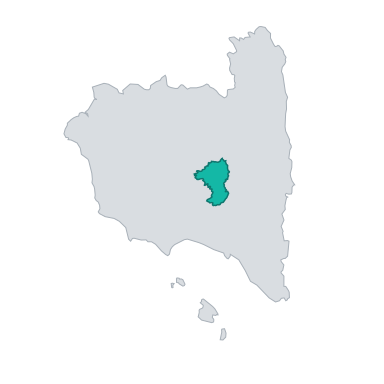 Guadalajara highlighted on a map of Spain, rotated 80°
{"feature_id": "ESP-5822", "entity_name": "Guadalajara", "entity_type": "Autonomous Community", "adm_level": 1, "iso_a3": "ESP", "parent_name": "Spain", "parent_adm1": "", "projection": "albers", "projection_center": [-2.665, 40.739], "detail": "fine", "context": "in_parent", "style": "filled", "palette": "teal", "viewbox_px": 384, "rotation_deg": 80, "n_neighbors": 0, "source": "natural_earth", "source_scale": "10m", "svg_char_len": 8055}
<svg xmlns="http://www.w3.org/2000/svg" viewBox="0 0 384 384"><g transform="rotate(80 192 192)"><path d="M202.8,89.6L202.8,90.6L204.6,92.6L209.8,93.7L211.2,94.5L210.9,97.2L209.7,99.5L210.8,100.5L212.1,100.5L213.6,98.6L214.0,99.8L216.4,100.9L221.7,102.9L225.4,103.2L229.3,107.3L235.6,106.3L241.4,110.2L246.6,109.1L247.8,109.9L256.1,109.7L256.4,106.4L257.3,105.0L271.8,109.0L273.6,111.7L273.4,113.2L274.3,116.4L276.2,116.2L279.8,114.2L284.8,116.2L286.2,118.2L287.2,118.3L290.8,116.1L300.9,117.9L301.2,116.3L301.8,115.8L305.9,114.1L307.6,113.7L313.0,114.4L313.7,116.3L314.8,116.9L315.4,118.5L312.3,119.7L312.2,122.5L314.3,124.7L314.8,128.8L309.7,134.4L294.9,144.3L290.1,149.9L278.7,153.2L266.9,157.7L260.0,165.1L261.9,165.6L264.1,168.0L263.4,169.1L260.4,170.9L257.6,171.4L252.6,180.4L245.7,189.7L243.1,193.9L237.6,204.7L237.6,207.7L240.8,218.2L242.5,220.9L244.9,223.2L249.3,225.0L250.5,226.9L249.0,228.8L244.7,232.3L237.2,236.9L234.0,240.5L233.4,244.0L231.2,245.5L230.5,250.3L227.5,257.0L227.4,258.7L229.8,261.0L227.5,262.6L215.5,263.4L208.2,268.7L204.5,273.3L201.2,281.8L197.2,286.9L195.3,287.8L192.5,285.6L189.0,285.3L185.6,286.1L183.8,287.8L181.0,288.8L178.3,287.9L172.4,287.4L169.7,287.5L165.6,288.9L162.1,287.9L156.1,287.4L143.2,288.3L141.6,288.8L135.7,294.4L129.5,294.4L123.8,296.6L119.8,302.0L118.9,305.0L117.9,304.2L117.0,304.5L116.4,306.7L112.5,308.0L108.1,306.0L104.5,303.1L102.6,302.8L99.7,298.4L98.4,295.6L97.6,292.6L97.6,290.5L94.9,289.2L94.4,286.4L96.5,283.0L99.3,281.2L96.8,281.2L94.9,283.4L92.7,279.7L83.7,272.1L84.4,269.6L82.7,271.5L81.6,271.9L76.9,271.4L71.4,271.9L69.7,259.8L71.3,255.6L77.9,247.7L81.7,246.7L83.5,242.5L80.0,242.6L74.9,234.1L76.7,226.5L82.5,221.1L83.5,218.8L83.8,216.7L82.8,215.1L79.9,214.2L77.1,208.0L76.6,204.2L74.2,201.9L72.4,198.1L74.3,197.6L82.0,198.0L83.9,197.1L85.4,194.7L87.1,190.6L87.5,188.1L84.7,184.4L84.6,183.6L85.1,182.4L89.9,178.7L89.1,175.6L90.2,169.4L90.0,165.7L89.6,162.7L88.2,158.7L89.3,157.2L91.8,156.0L93.8,152.9L96.7,150.4L100.5,148.4L104.9,143.9L104.3,141.8L102.9,140.5L97.8,139.4L97.4,138.5L97.7,133.4L96.4,131.3L94.5,131.5L91.7,130.4L91.0,131.0L87.3,130.6L84.8,129.6L83.7,130.3L83.3,132.1L78.9,133.7L76.5,133.5L72.6,131.7L68.0,132.0L67.5,131.5L63.6,133.4L62.3,133.4L60.8,130.8L63.1,127.3L61.5,123.7L60.4,123.5L53.1,125.6L48.7,128.6L47.0,128.9L46.5,128.3L46.6,123.6L51.3,118.9L48.6,118.3L48.8,116.9L50.7,114.7L49.0,112.9L49.4,107.8L45.4,109.2L44.5,108.8L44.6,106.8L47.2,102.9L44.7,102.3L43.0,100.6L40.9,97.2L41.0,95.4L42.6,91.4L46.0,89.7L49.5,87.1L54.0,88.0L60.8,86.0L63.2,84.9L63.2,83.2L62.5,81.9L63.3,80.7L68.9,77.7L72.2,77.5L75.7,76.0L77.8,77.2L79.8,77.0L82.0,78.4L84.8,81.5L89.0,83.0L92.5,82.2L110.2,82.7L115.3,81.4L119.2,83.4L126.7,84.5L131.2,86.2L143.7,89.0L148.3,89.2L157.5,86.8L160.0,87.5L163.6,86.3L165.4,86.5L167.6,88.3L175.7,90.8L177.8,88.7L179.4,88.3L185.2,89.5L191.0,92.1L194.1,92.2L198.5,91.5L202.8,89.6ZM316.7,192.9L319.0,193.8L321.2,192.7L322.5,192.9L323.7,193.3L324.1,195.2L319.8,204.8L316.0,207.6L311.9,205.8L309.6,205.5L308.9,204.8L308.1,201.8L307.0,201.0L305.5,200.6L302.5,203.1L301.5,201.6L300.0,201.4L299.4,200.5L299.4,199.3L308.4,191.5L311.0,189.8L316.7,187.6L317.6,187.8L316.9,188.9L317.7,189.9L316.7,192.9ZM343.1,187.2L342.4,189.9L335.1,187.0L332.8,186.8L332.2,186.3L332.3,183.7L336.9,183.0L340.8,184.0L343.1,187.2ZM279.1,221.0L278.4,222.9L274.8,222.4L274.0,221.7L274.7,219.6L275.7,219.3L275.7,217.8L276.7,216.3L281.6,214.9L282.8,215.8L283.1,217.3L280.2,220.6L279.1,221.0ZM282.9,228.2L282.4,228.6L278.5,228.4L278.4,227.2L279.1,225.5L280.6,227.1L282.8,227.3L282.9,228.2Z" fill="#d9dde1" stroke="#a8b0b8" stroke-width="1"/><path d="M199.3,173.6L199.1,173.5L198.3,173.2L197.0,172.0L195.7,171.4L195.4,171.5L195.2,172.0L194.9,172.4L194.6,172.5L194.2,172.5L193.4,172.2L192.8,171.8L192.5,171.9L192.4,172.2L192.4,173.0L192.3,173.4L192.2,173.7L192.0,173.9L191.7,174.0L190.7,173.2L190.2,172.9L189.9,172.9L189.7,173.0L189.6,173.3L189.5,173.6L189.6,173.8L190.1,174.7L190.2,175.0L190.1,175.3L189.2,175.1L187.9,175.8L187.7,175.7L187.0,174.9L186.7,175.0L186.6,175.4L186.7,175.7L187.0,176.2L187.0,176.4L186.9,176.9L186.9,177.1L187.0,177.3L187.5,177.7L187.6,177.9L187.7,178.1L187.6,178.3L187.5,178.6L187.4,178.6L186.0,177.8L185.4,177.6L184.8,177.6L183.6,178.2L182.6,179.3L181.6,178.5L180.7,179.0L180.5,181.4L180.8,183.2L180.5,184.8L180.3,185.0L179.4,185.2L179.2,185.4L178.9,185.9L178.8,186.2L178.6,186.3L178.3,186.4L177.5,186.0L176.4,184.8L175.9,185.3L176.0,186.5L174.9,186.1L174.7,186.4L174.4,185.2L174.5,184.6L174.4,184.3L174.4,183.9L174.2,183.4L174.0,183.0L173.7,182.8L172.9,183.3L172.7,183.5L172.4,183.8L172.1,183.6L172.0,183.2L172.1,182.9L172.1,182.6L172.2,182.3L172.2,182.1L172.3,181.8L172.4,181.5L172.8,181.2L172.9,180.9L172.9,180.7L173.0,180.5L173.1,180.3L173.1,180.2L173.1,179.8L173.1,179.7L173.2,179.3L173.1,179.0L172.8,178.4L172.5,178.2L172.3,178.0L172.0,178.0L171.9,177.9L171.8,177.6L171.8,176.8L171.8,176.2L171.7,175.8L171.3,175.3L171.1,175.2L170.9,175.0L170.7,174.9L170.4,174.9L170.2,175.0L169.8,175.2L169.7,175.1L169.7,174.9L169.8,174.8L169.8,174.7L169.8,174.3L169.7,174.1L169.4,173.8L169.2,173.7L169.0,173.2L169.0,172.4L169.2,171.8L169.0,171.7L168.9,171.8L168.6,171.9L168.3,171.7L168.1,171.4L167.8,170.8L167.6,170.6L167.4,170.6L167.2,170.9L166.9,170.8L166.6,170.9L166.4,170.8L166.2,170.7L166.0,170.3L166.1,170.1L166.4,169.7L166.5,169.5L166.5,169.3L166.4,169.1L166.4,168.6L166.3,168.3L166.2,168.0L166.0,167.8L165.4,167.6L165.2,167.5L165.2,167.4L165.2,167.2L165.3,167.1L165.5,166.8L165.6,166.5L165.6,166.3L165.8,165.5L165.8,165.3L165.9,165.2L166.0,165.1L166.3,164.8L166.3,164.5L166.2,164.3L166.2,164.0L166.3,163.8L166.4,163.5L166.5,163.3L166.6,163.1L166.8,162.4L166.9,162.2L167.0,162.0L167.1,161.6L167.2,161.3L167.2,160.9L166.9,160.0L166.6,158.9L166.4,158.9L166.2,158.8L165.7,158.5L165.6,158.4L165.4,158.2L165.1,157.8L164.3,156.9L164.2,156.4L164.6,156.5L164.8,156.4L166.5,155.1L167.0,155.0L167.2,154.9L167.3,154.7L167.3,154.2L167.2,153.8L167.1,153.6L167.1,153.4L167.7,153.7L168.8,153.7L169.9,153.5L170.2,153.4L170.9,153.3L171.5,152.6L172.0,152.3L174.6,152.9L175.3,152.9L176.8,152.8L177.3,152.6L177.7,152.4L177.8,152.2L178.0,151.9L178.5,151.7L178.7,151.8L179.1,152.0L179.3,152.2L179.3,152.4L179.4,152.6L179.5,153.0L179.9,153.3L180.8,153.6L181.3,153.6L181.6,153.4L181.8,153.3L182.0,153.2L182.5,153.2L182.7,153.4L182.8,153.6L182.9,153.8L183.2,153.9L183.6,154.1L184.1,154.2L184.5,154.3L184.7,154.5L184.8,154.7L185.0,154.8L185.2,154.7L185.4,154.7L185.6,154.7L185.7,154.9L185.6,155.1L185.5,155.3L185.2,155.5L185.3,155.8L185.7,156.0L185.8,156.2L185.8,156.4L185.6,156.7L185.7,156.9L185.9,157.0L186.1,157.0L186.5,156.9L186.7,156.7L186.9,156.6L187.1,156.8L187.2,157.0L187.3,157.2L187.4,157.4L187.4,157.5L187.5,157.6L187.9,157.8L188.0,157.9L188.1,158.1L188.3,158.5L188.4,158.8L188.5,158.9L188.8,159.1L189.4,159.4L189.7,159.4L190.4,159.0L190.7,158.9L190.9,159.0L191.1,159.1L191.5,159.4L191.8,159.4L192.4,159.3L192.7,159.2L193.0,159.0L193.3,158.8L193.5,158.7L193.9,158.6L194.4,158.7L194.7,158.7L194.9,158.6L195.6,157.9L195.8,157.8L196.0,157.8L196.1,158.0L196.8,158.5L197.0,158.6L197.1,158.8L197.4,159.0L197.5,158.9L197.5,158.6L197.5,158.0L197.7,157.2L197.6,156.8L199.5,156.2L200.1,156.4L200.2,156.6L200.4,156.8L200.7,157.0L201.3,157.2L202.2,157.9L203.0,158.3L204.1,159.3L204.2,159.5L204.3,159.7L204.4,159.9L204.5,160.1L204.9,160.4L206.1,161.5L206.5,161.9L206.6,162.1L207.4,162.8L207.6,163.3L207.6,163.6L207.6,164.6L207.7,165.0L207.9,165.4L208.0,165.6L208.4,166.0L209.0,166.4L209.2,166.6L209.2,166.8L209.3,167.1L209.3,167.8L209.2,168.1L209.0,168.5L209.0,168.8L208.9,169.0L208.9,169.4L209.0,169.6L209.2,169.9L209.3,170.3L209.4,170.6L209.4,171.2L209.3,171.4L209.1,171.8L209.0,172.3L209.0,172.7L209.1,173.2L209.0,173.4L208.9,173.6L208.7,173.7L208.3,174.0L208.1,174.0L207.9,174.0L207.7,173.9L207.5,173.7L207.2,173.6L206.4,173.4L206.2,173.5L205.8,174.8L205.8,175.2L205.8,176.3L205.6,176.5L205.0,176.9L204.8,177.1L204.6,177.3L203.9,178.5L203.6,178.7L203.3,179.0L202.2,178.2L201.4,175.2L200.5,173.4L200.3,173.2L200.0,173.2L199.3,173.6Z" fill="#14b8a6" stroke="#0f766e" stroke-width="1.5"/></g></svg>